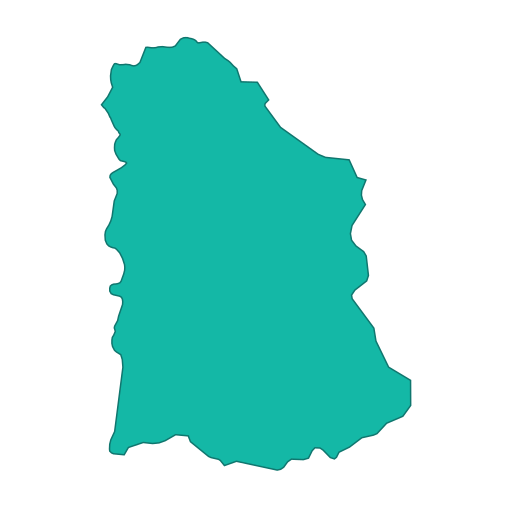 an SVG outline of Jaén, rotated 275°
{"feature_id": "ESP-5826", "entity_name": "Jaén", "entity_type": "Autonomous Community", "adm_level": 1, "iso_a3": "ESP", "parent_name": "Spain", "parent_adm1": "", "projection": "mercator", "projection_center": [-3.264, 37.956], "detail": "fine", "context": "isolated", "style": "filled", "palette": "teal", "viewbox_px": 512, "rotation_deg": 275, "n_neighbors": 0, "source": "natural_earth", "source_scale": "10m", "svg_char_len": 2773}
<svg xmlns="http://www.w3.org/2000/svg" viewBox="0 0 512 512"><g transform="rotate(275 256 256)"><path d="M440.8,220.5L428.2,225.9L429.2,242.2L412.6,255.0L409.1,252.1L407.9,251.6L406.1,251.8L386.3,269.2L362.7,309.1L360.3,316.6L359.9,340.4L343.0,349.9L341.3,358.9L330.4,355.6L325.8,355.7L321.4,357.2L316.8,360.5L294.8,349.0L286.5,348.1L280.1,349.8L274.7,354.7L269.7,362.9L265.6,365.8L246.4,369.7L240.8,368.4L230.7,357.5L225.4,354.6L221.8,355.5L194.4,379.7L181.7,382.9L156.8,397.8L145.6,420.8L120.6,423.1L109.2,416.3L100.8,400.7L89.6,392.0L87.8,388.6L84.2,377.3L73.8,365.8L67.8,355.8L62.5,353.7L60.7,351.8L61.7,347.6L68.6,339.6L70.3,336.5L70.1,331.4L66.9,328.9L59.2,325.9L57.3,321.0L56.7,309.0L53.7,305.4L48.0,302.0L45.7,299.2L44.6,295.8L49.8,254.4L44.5,242.8L49.2,238.3L50.2,236.4L51.3,228.7L52.2,226.2L65.3,206.9L70.9,204.2L71.0,191.5L64.1,181.6L61.4,175.7L60.2,169.4L60.4,159.9L54.3,145.9L53.8,145.4L46.5,142.0L46.6,131.2L47.3,129.2L48.9,127.3L50.9,126.9L55.7,126.7L60.2,127.4L68.8,130.5L133.6,133.1L141.3,131.8L145.9,129.9L148.2,125.4L149.7,123.3L153.3,121.0L156.3,120.1L159.9,119.8L162.5,120.0L164.6,121.1L168.5,122.4L170.4,121.8L172.0,121.1L173.8,121.3L179.6,123.8L184.2,124.4L196.1,127.3L199.0,127.2L201.5,126.6L203.2,125.5L204.1,123.7L205.0,117.3L205.9,115.0L208.3,113.4L211.2,113.1L213.4,113.5L214.8,115.0L215.6,116.8L215.9,118.9L216.5,120.9L217.4,122.7L219.1,123.8L226.6,125.8L230.4,126.4L233.2,126.3L235.9,125.8L241.9,123.3L247.2,120.0L250.5,116.5L251.6,114.7L251.8,112.6L252.3,110.6L253.2,108.4L255.0,106.4L258.6,104.5L263.9,103.7L267.4,103.9L270.1,104.8L274.1,106.8L278.3,108.3L282.7,109.2L298.5,110.0L306.2,112.3L309.4,112.0L311.6,111.0L315.1,107.7L321.6,103.6L323.7,103.7L325.4,104.7L326.9,106.5L332.2,114.2L335.4,117.7L337.3,119.0L338.2,118.1L338.6,116.5L339.2,112.6L340.5,111.1L345.2,107.7L348.8,106.0L351.6,105.6L355.0,105.5L357.3,106.0L359.7,106.8L361.5,108.2L364.0,109.8L365.1,110.1L365.9,109.7L366.4,109.1L367.0,108.6L368.3,108.0L368.7,107.6L369.1,107.1L369.6,106.3L371.5,104.4L372.9,103.4L379.4,99.8L380.6,99.3L381.5,98.6L381.6,98.4L385.2,96.5L390.0,92.6L390.5,91.5L393.2,88.9L401.7,94.4L411.6,98.5L416.0,96.7L419.0,95.9L422.8,95.4L429.1,95.7L432.9,97.1L434.8,98.0L435.2,98.4L435.3,98.6L435.4,99.0L435.4,99.9L434.6,103.4L435.1,107.4L435.6,109.4L435.5,113.6L434.9,115.7L434.7,117.7L435.3,119.7L436.2,121.1L438.6,123.5L454.2,128.1L454.5,129.7L454.3,133.9L454.5,136.1L454.9,138.3L455.7,140.2L456.4,144.6L456.2,149.2L456.3,151.8L456.7,154.4L458.2,157.3L465.3,161.8L467.0,164.7L467.4,166.8L467.5,168.8L467.1,170.6L466.9,172.8L466.5,174.6L465.9,176.2L465.0,177.6L464.0,178.5L463.3,179.4L463.4,180.9L464.4,184.4L464.6,187.0L464.2,189.3L450.1,207.5L448.0,211.4L446.6,213.4L443.4,216.9L440.8,220.5Z" fill="#14b8a6" stroke="#0f766e" stroke-width="1.5"/></g></svg>